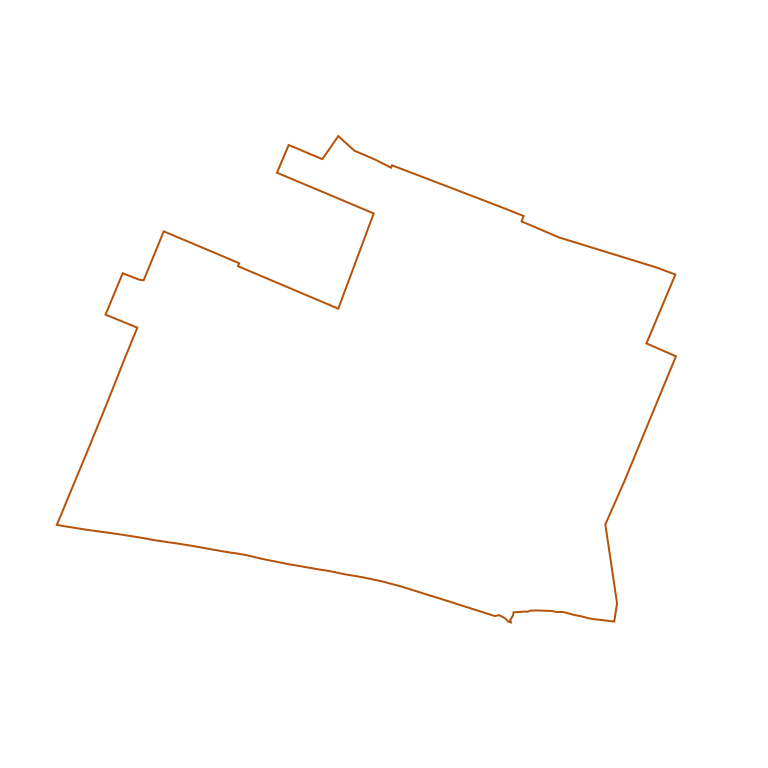 the district of Telchac Puerto, Yucatán, Mexico, rotated 196°
{"feature_id": "50627088B19629069707009", "entity_name": "Telchac Puerto", "entity_type": "district", "adm_level": 2, "iso_a3": "MEX", "parent_name": "Mexico", "parent_adm1": "Yucatán", "projection": "mercator", "projection_center": [-89.271, 21.31], "detail": "fine", "context": "isolated", "style": "outline", "palette": "amber", "viewbox_px": 768, "rotation_deg": 196, "n_neighbors": 0, "source": "geoboundaries", "source_scale": "gbopen_adm2", "svg_char_len": 1496}
<svg xmlns="http://www.w3.org/2000/svg" viewBox="0 0 768 768"><g transform="rotate(196 384 384)"><path d="M659.7,158.3L646.1,159.9L642.4,160.4L629.0,162.0L600.6,166.1L574.2,169.4L560.7,170.7L552.2,171.9L547.4,172.5L538.8,173.7L528.1,175.0L515.6,176.4L510.3,176.9L493.9,178.6L484.2,179.7L481.8,180.2L468.9,181.6L452.6,182.3L434.8,183.8L425.9,184.5L419.7,185.2L395.6,187.8L385.3,189.1L370.1,190.2L351.6,192.3L332.0,193.7L311.7,194.1L276.3,193.2L259.3,192.9L249.9,192.5L227.1,191.9L213.5,191.5L209.7,193.5L205.4,192.8L201.6,191.5L199.3,189.9L196.3,189.7L196.4,190.5L197.6,191.6L197.7,191.8L196.3,196.6L196.5,200.3L189.3,202.8L186.1,204.0L183.2,204.7L180.6,206.6L174.8,208.4L160.5,212.0L155.1,212.4L148.9,214.2L137.8,214.4L129.6,215.1L123.2,215.2L119.0,215.6L97.2,219.1L99.5,237.4L103.9,247.0L132.5,310.0L131.6,316.8L126.2,356.2L111.0,491.1L142.9,495.3L134.1,569.5L154.3,571.1L255.9,573.1L264.5,574.2L296.6,578.2L296.1,584.0L321.0,586.4L387.6,592.2L394.5,592.8L436.6,596.4L436.8,593.9L454.0,597.2L476.7,600.1L496.3,609.7L499.6,599.8L500.9,595.9L505.3,583.2L506.7,583.3L519.3,584.8L525.8,585.6L532.0,586.4L541.5,587.4L545.1,557.6L440.9,545.1L448.7,443.8L556.8,457.0L556.5,460.2L637.8,470.0L643.6,417.5L647.8,416.8L665.7,418.4L670.8,373.9L649.0,371.5L636.7,370.1L640.5,334.8L640.8,331.9L642.9,310.3L644.2,297.0L645.3,286.5L646.0,279.7L646.7,273.4L648.3,258.6L650.0,243.0L652.0,225.1L653.8,209.8L656.7,184.4L657.8,174.6L658.3,169.9L659.7,158.3Z" fill="none" stroke="#b45309" stroke-width="2"/></g></svg>